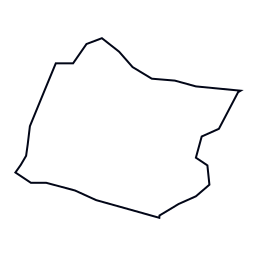 the district of Suseong-gu, Daegu, South Korea
{"feature_id": "91817680B49679347075852", "entity_name": "Suseong-gu", "entity_type": "district", "adm_level": 2, "iso_a3": "KOR", "parent_name": "South Korea", "parent_adm1": "Daegu", "projection": "natural_earth1", "projection_center": [128.666, 35.83], "detail": "fine", "context": "isolated", "style": "outline", "palette": "ink", "viewbox_px": 256, "rotation_deg": 0, "n_neighbors": 0, "source": "geoboundaries", "source_scale": "gbopen_adm2", "svg_char_len": 473}
<svg xmlns="http://www.w3.org/2000/svg" viewBox="0 0 256 256"><path d="M240.6,90.7L195.9,86.4L174.8,80.6L151.8,78.7L132.6,67.1L119.1,51.7L101.9,38.2L86.5,44.0L73.1,63.3L55.8,63.3L44.8,89.9L29.9,126.2L27.7,144.5L26.1,155.8L20.7,165.0L15.4,172.5L30.9,182.8L46.2,182.8L75.0,190.5L96.1,200.1L159.3,217.8L159.5,215.5L178.6,204.0L195.9,196.3L209.4,184.7L207.4,165.4L195.9,157.7L201.7,136.5L218.9,128.8L238.1,92.2L240.6,90.7Z" fill="none" stroke="#020617" stroke-width="2"/></svg>